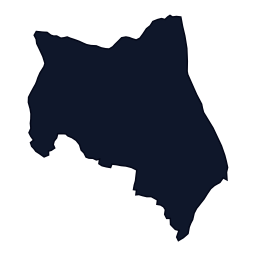 Orindiúva, São Paulo, Brazil
{"feature_id": "56859067B43137083464707", "entity_name": "Orindiúva", "entity_type": "district", "adm_level": 2, "iso_a3": "BRA", "parent_name": "Brazil", "parent_adm1": "São Paulo", "projection": "robinson", "projection_center": [-49.369, -20.214], "detail": "fine", "context": "isolated", "style": "filled", "palette": "ink", "viewbox_px": 256, "rotation_deg": 0, "n_neighbors": 0, "source": "geoboundaries", "source_scale": "gbopen_adm2", "svg_char_len": 1887}
<svg xmlns="http://www.w3.org/2000/svg" viewBox="0 0 256 256"><path d="M221.4,145.8L213.0,128.0L203.5,112.4L202.4,108.2L201.6,104.1L196.6,94.6L187.7,74.5L187.1,71.2L187.3,61.3L186.8,48.4L185.7,41.5L184.8,36.0L182.5,26.2L180.8,17.0L176.4,16.5L172.5,17.0L170.0,15.4L167.6,17.0L165.0,19.5L161.5,18.6L157.6,19.6L152.9,21.5L150.2,25.8L146.5,28.7L143.0,34.0L139.9,38.2L136.2,40.0L132.0,38.7L129.2,37.6L125.9,37.0L121.6,37.8L118.6,40.9L115.1,44.3L112.8,46.8L109.2,49.0L105.8,48.8L101.3,47.9L96.3,45.9L90.9,45.6L86.6,44.7L83.1,43.2L79.0,41.3L74.3,39.6L70.0,38.2L67.2,37.0L64.0,37.8L60.8,38.2L56.7,36.0L53.6,36.1L50.8,35.2L47.1,32.4L43.0,32.2L36.3,31.5L34.2,35.2L36.2,39.1L36.8,43.6L38.8,47.7L42.9,56.5L45.0,63.3L44.0,66.6L40.0,73.0L37.9,77.9L36.8,81.3L35.6,84.2L33.5,87.9L31.2,92.1L28.6,97.2L28.4,102.4L30.2,108.8L31.0,113.8L30.9,119.0L30.4,123.3L30.9,128.4L29.0,132.7L30.9,136.4L33.6,140.1L30.5,142.6L31.7,146.3L33.8,148.5L35.9,151.3L39.3,153.5L44.1,156.9L48.6,155.0L48.5,151.1L51.3,150.3L54.7,148.0L53.2,144.6L54.1,141.1L56.6,137.9L57.7,133.7L62.2,133.7L65.7,133.8L67.9,135.9L72.0,137.6L76.2,140.4L79.6,144.7L81.2,150.1L84.0,152.9L86.1,157.1L88.9,158.1L93.0,158.3L96.3,159.9L99.6,159.1L98.9,163.7L102.0,165.7L106.5,166.8L110.6,167.5L111.9,164.1L116.4,164.6L121.1,165.5L126.1,166.0L131.5,167.4L136.8,170.0L136.2,174.9L135.5,180.9L134.3,185.1L133.5,189.6L136.5,190.0L135.9,194.8L138.9,194.5L142.6,195.6L146.9,196.6L151.3,196.6L157.5,200.0L156.9,204.3L160.5,204.9L163.6,206.8L165.4,209.7L164.7,214.4L166.7,218.4L170.3,218.4L170.6,224.6L175.3,229.4L179.0,230.4L176.7,237.1L178.4,240.6L183.3,237.7L188.0,233.6L189.2,227.0L190.8,223.0L192.6,219.6L194.1,213.1L196.6,208.3L198.8,205.6L201.1,202.6L203.9,199.1L207.4,193.5L210.7,188.7L214.4,185.5L220.0,182.3L223.1,177.8L227.0,179.9L226.5,172.2L227.6,167.5L226.2,161.1L224.7,155.3L221.4,145.8Z" fill="#0f172a" stroke="#020617" stroke-width="1.5"/></svg>